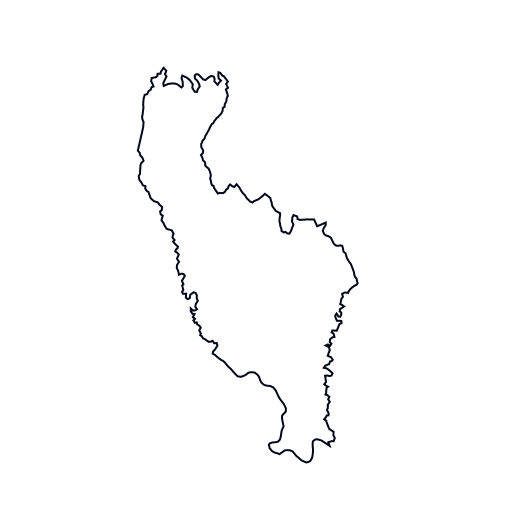 outline of Mangueirinha, Paraná, Brazil, rotated 156°
{"feature_id": "56859067B44041978289925", "entity_name": "Mangueirinha", "entity_type": "district", "adm_level": 2, "iso_a3": "BRA", "parent_name": "Brazil", "parent_adm1": "Paraná", "projection": "equal_earth", "projection_center": [-52.216, -26.037], "detail": "fine", "context": "isolated", "style": "outline", "palette": "ink", "viewbox_px": 512, "rotation_deg": 156, "n_neighbors": 0, "source": "geoboundaries", "source_scale": "gbopen_adm2", "svg_char_len": 5970}
<svg xmlns="http://www.w3.org/2000/svg" viewBox="0 0 512 512"><g transform="rotate(156 256 256)"><path d="M174.2,189.8L173.9,192.2L173.3,194.5L174.0,196.5L173.9,198.7L173.1,201.3L172.9,203.9L172.8,206.1L172.6,209.8L173.3,213.2L173.8,217.1L173.1,221.9L174.3,224.5L173.4,227.8L173.1,230.3L174.6,231.4L176.3,231.7L178.5,232.8L179.9,235.3L180.2,242.3L181.9,244.9L183.8,246.3L184.8,248.5L184.8,251.7L182.9,253.8L179.8,255.9L178.7,258.1L188.0,258.3L188.1,265.8L192.1,267.5L194.4,268.7L197.0,269.5L198.9,270.3L201.2,271.1L203.0,272.8L202.3,275.4L205.1,278.1L207.1,276.4L209.0,273.2L209.1,269.3L211.1,267.5L214.0,264.5L216.4,262.8L218.3,264.0L219.4,266.1L221.1,266.3L222.5,268.4L221.7,270.8L221.6,273.7L220.8,275.8L220.6,278.0L219.1,280.8L217.4,283.4L216.6,285.3L218.1,287.2L219.7,289.5L220.1,291.8L220.7,294.0L220.6,296.3L220.0,298.3L219.7,301.3L219.3,303.3L222.6,309.2L226.1,308.0L227.7,307.6L230.7,306.8L233.6,306.9L235.8,306.9L237.4,306.3L239.2,308.1L241.1,313.1L241.3,315.9L242.5,318.8L243.0,321.8L243.4,325.7L244.6,329.5L247.7,327.8L249.4,329.5L250.5,331.9L252.4,331.1L254.3,329.1L256.6,328.7L257.9,327.4L260.4,326.8L261.9,327.5L263.6,328.5L265.4,328.5L266.0,331.7L266.6,335.1L266.2,337.2L267.4,338.5L267.3,340.8L266.7,342.7L266.4,345.4L264.6,347.8L264.0,350.1L263.7,352.3L263.8,355.3L264.9,357.3L265.6,359.4L264.4,362.0L265.5,365.2L265.0,367.5L265.2,370.7L262.8,371.5L261.3,373.8L261.7,377.6L260.6,380.5L259.1,381.8L257.9,383.1L256.0,383.8L254.6,384.9L253.3,386.4L251.8,387.4L248.2,390.1L245.0,392.8L242.7,394.5L240.8,394.8L239.1,396.3L237.6,397.0L235.9,398.0L234.2,398.3L231.7,399.5L229.7,400.3L227.5,402.2L226.0,404.8L224.0,405.1L222.7,407.5L220.3,409.2L218.6,412.1L216.6,413.7L216.0,417.5L215.8,420.4L213.2,421.0L213.3,425.3L210.7,426.8L212.3,433.4L213.5,434.7L214.1,437.8L215.5,439.1L216.9,436.5L217.9,433.3L216.6,430.5L218.9,429.6L221.4,428.0L222.1,430.0L223.0,432.5L221.8,434.5L221.6,437.0L223.6,438.8L227.3,438.3L230.5,437.3L232.4,438.7L233.8,442.7L234.9,445.4L236.6,446.4L238.5,445.9L239.6,442.9L238.4,440.2L238.0,436.8L238.4,433.8L241.3,432.1L243.2,429.9L245.2,431.0L245.8,435.5L243.9,438.7L244.9,443.5L246.6,447.0L249.9,450.8L251.6,449.0L252.2,444.8L253.7,441.0L255.6,440.3L257.7,444.4L259.5,446.2L261.8,447.5L266.1,448.9L267.9,448.9L271.1,448.9L270.4,451.6L264.7,456.5L265.2,459.1L262.6,461.7L263.9,465.5L267.9,463.0L269.1,461.4L271.8,462.5L273.0,460.5L275.1,460.1L276.6,460.5L278.9,461.0L280.7,458.3L280.5,455.3L280.7,452.5L282.8,452.7L284.6,450.7L286.9,450.4L289.6,448.1L292.1,448.5L294.3,445.9L295.9,443.3L297.5,440.2L298.4,437.5L300.2,434.5L302.2,431.2L303.5,429.4L304.2,426.9L304.2,424.2L306.7,419.5L321.1,400.3L320.3,397.7L320.8,394.9L319.8,392.0L320.0,388.7L323.3,387.4L324.6,385.9L326.9,381.6L328.6,378.2L330.6,376.8L331.6,373.2L330.8,370.0L330.6,366.6L328.6,364.7L329.8,362.6L329.4,360.0L328.2,358.3L328.5,354.5L328.7,351.6L327.9,349.7L326.8,347.4L324.0,345.1L323.2,341.7L321.8,339.0L323.3,336.4L325.5,335.7L326.1,332.8L324.8,330.7L326.7,328.6L327.8,327.0L327.1,323.8L327.1,321.3L326.6,317.2L324.6,315.4L322.5,313.7L322.2,310.0L323.7,308.5L324.8,306.7L323.9,303.7L325.9,302.8L324.8,299.3L323.5,296.3L324.6,295.0L326.7,294.4L327.9,292.9L326.6,291.0L326.0,288.6L329.3,285.8L328.7,282.0L331.6,280.1L333.2,277.5L333.2,275.0L333.4,272.7L334.0,270.2L331.0,270.1L329.6,269.1L329.0,266.9L331.4,265.1L333.8,263.5L333.8,259.7L335.4,259.2L335.8,257.0L336.2,254.5L338.2,253.3L338.0,251.1L335.2,250.0L337.0,246.5L336.1,244.4L333.7,244.4L331.8,247.4L327.7,248.2L326.2,246.8L326.0,244.1L327.4,241.4L327.4,238.7L328.8,237.8L330.7,236.5L332.2,234.1L331.5,231.5L333.6,231.0L335.8,231.8L336.9,234.6L338.1,231.8L337.5,229.0L335.8,228.0L338.6,225.8L337.3,223.4L339.4,222.6L338.9,219.7L337.2,219.5L337.5,217.4L336.2,215.5L335.6,213.1L338.1,211.1L337.9,207.7L339.2,206.3L338.1,204.7L337.9,202.4L336.4,200.6L335.3,198.7L334.1,196.8L332.0,196.1L330.2,196.2L329.6,193.2L327.3,192.5L327.7,189.8L331.3,187.4L334.0,186.2L335.3,184.5L333.6,182.1L332.2,178.9L330.2,175.3L328.9,173.7L327.9,171.8L326.4,166.4L324.8,162.8L323.5,158.3L321.7,153.5L318.7,151.7L315.6,151.5L313.2,151.7L310.6,152.4L309.1,152.2L306.9,151.5L304.4,149.8L302.6,146.1L302.4,143.4L302.7,141.1L302.6,138.5L301.6,135.9L300.4,134.3L298.6,133.0L295.9,131.5L293.7,128.9L292.7,125.5L292.6,119.2L292.4,116.4L290.7,108.6L290.7,104.6L292.1,101.7L295.0,100.6L297.2,99.4L298.3,97.0L299.2,93.3L300.0,89.3L303.5,86.1L304.9,84.0L306.7,81.1L308.9,78.5L311.6,77.4L314.6,78.1L316.7,79.0L319.6,79.2L321.0,78.4L321.7,74.8L320.7,71.3L319.1,69.0L316.5,66.9L315.2,65.4L313.6,65.7L308.9,66.7L307.0,66.2L304.1,64.8L302.0,62.5L300.6,57.3L298.7,53.3L297.5,50.7L294.0,46.9L291.5,46.5L289.8,46.7L288.0,47.9L286.7,49.0L284.4,52.4L282.5,56.3L281.8,58.6L280.3,62.2L279.1,63.7L277.3,64.1L275.6,64.1L274.2,63.4L271.2,60.8L266.0,52.7L265.7,56.5L263.9,56.3L262.0,56.0L260.3,55.2L258.0,57.8L258.2,60.9L256.6,63.9L258.3,66.4L259.5,68.3L259.3,71.8L259.2,74.2L258.9,77.1L260.1,79.1L257.6,80.4L256.3,81.5L254.6,81.0L253.6,82.8L253.8,86.5L252.2,87.9L250.9,90.9L247.9,92.9L248.4,95.7L246.3,97.5L247.5,100.0L248.9,101.2L247.6,102.3L246.4,104.9L245.1,106.8L243.3,107.3L244.8,109.1L245.8,111.1L243.3,112.4L242.2,116.1L241.6,118.5L239.5,117.8L237.6,116.4L235.6,116.1L233.8,117.7L234.8,120.3L236.1,122.9L237.3,124.7L239.5,126.3L237.5,127.6L235.1,127.6L233.1,127.5L231.3,129.6L229.7,129.1L228.1,130.0L228.7,133.1L231.1,135.7L229.4,137.5L226.8,140.1L226.5,143.2L228.8,145.9L226.4,146.0L224.8,143.8L222.8,145.2L223.6,147.4L222.2,149.8L219.1,150.6L217.2,150.2L216.7,153.5L218.0,155.4L216.5,156.9L212.6,154.9L210.5,156.9L208.6,158.8L207.2,160.0L205.2,159.8L204.5,162.0L206.0,162.8L208.4,163.9L208.4,167.7L207.6,169.7L205.8,170.7L205.3,167.1L203.8,166.3L202.1,167.5L201.1,169.7L202.1,171.4L200.9,173.3L198.6,173.6L196.0,174.1L197.4,176.4L198.6,177.7L197.0,179.9L195.2,182.4L193.2,183.3L192.8,186.3L190.2,186.6L188.4,185.9L186.8,184.8L185.6,186.2L183.7,187.2L181.5,188.0L178.1,188.8L175.9,188.7L174.2,189.8Z" fill="none" stroke="#020617" stroke-width="2"/></g></svg>